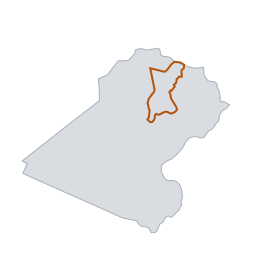 where Ash Shati' sits in Libya, rotated 114°
{"feature_id": "LBY-2967", "entity_name": "Ash Shati'", "entity_type": "Municipality", "adm_level": 1, "iso_a3": "LBY", "parent_name": "Libya", "parent_adm1": "", "projection": "mercator", "projection_center": [12.752, 27.893], "detail": "coarse", "context": "in_parent", "style": "outline", "palette": "amber", "viewbox_px": 256, "rotation_deg": 114, "n_neighbors": 0, "source": "natural_earth", "source_scale": "10m", "svg_char_len": 3568}
<svg xmlns="http://www.w3.org/2000/svg" viewBox="0 0 256 256"><g transform="rotate(114 128 128)"><path d="M44.1,82.4L45.4,81.7L47.2,81.0L48.2,80.4L48.6,79.9L50.0,78.0L50.7,76.9L51.7,75.4L52.1,74.4L52.1,73.4L52.0,72.2L51.2,69.5L50.6,66.7L51.1,65.7L51.5,65.2L52.3,63.9L52.7,63.7L54.5,63.3L55.2,62.4L55.8,61.4L56.0,60.8L56.8,60.2L57.7,59.6L58.3,58.9L60.3,57.7L62.0,56.6L64.1,55.5L65.7,54.6L66.0,53.8L66.0,53.1L65.1,51.6L65.1,49.8L65.2,48.3L65.3,47.4L65.7,45.0L65.7,44.6L67.4,45.4L69.1,45.8L74.1,48.8L75.7,49.2L79.3,49.6L83.5,48.3L85.1,48.1L87.8,49.3L89.0,49.6L91.1,49.7L94.5,50.7L95.4,51.1L97.5,52.8L98.4,53.3L105.7,54.9L106.6,55.9L107.6,57.8L107.7,60.3L108.2,62.0L109.1,64.3L110.2,65.9L111.4,67.2L112.8,68.1L116.0,69.3L119.5,69.8L123.1,69.9L129.3,71.6L134.5,73.6L135.8,74.5L138.4,75.5L143.7,80.0L146.6,81.6L148.6,81.9L150.4,81.7L153.7,80.1L155.0,79.1L158.3,75.2L159.3,73.1L159.8,71.7L159.7,70.2L159.3,68.8L158.4,67.4L157.7,65.6L157.3,62.2L157.8,59.9L158.5,58.5L159.5,57.1L162.2,54.3L164.9,52.4L169.7,49.9L172.5,49.9L173.6,49.6L175.9,47.8L176.9,47.7L178.2,48.2L181.9,48.0L183.6,48.5L185.6,49.7L188.1,50.3L189.9,51.0L191.8,51.9L192.2,54.1L192.0,54.8L191.9,55.6L193.9,57.1L199.5,57.9L200.6,58.3L202.1,59.4L203.1,59.8L206.9,59.9L209.1,59.7L211.2,60.1L212.0,60.5L212.8,61.4L213.8,63.6L214.2,64.3L213.8,64.7L213.2,65.4L212.8,66.1L211.8,67.2L210.9,68.4L211.0,70.1L211.2,71.9L211.8,73.6L212.3,75.5L212.1,76.7L211.7,78.2L211.2,79.5L209.6,82.1L209.3,82.8L209.4,83.6L210.4,86.7L210.5,87.7L211.1,90.7L211.6,93.1L212.2,95.0L212.3,95.5L212.3,98.3L212.3,101.1L212.3,103.9L212.3,106.7L212.3,109.4L212.3,112.2L212.3,115.0L212.3,117.7L212.3,120.5L212.3,123.2L212.3,125.9L212.3,128.7L212.3,131.4L212.3,134.1L212.3,136.8L212.3,139.6L212.3,142.3L212.3,145.0L212.3,147.7L212.3,150.4L212.3,153.0L212.3,155.7L212.3,158.4L212.3,161.1L212.3,163.7L212.3,166.4L212.3,169.1L212.3,171.7L212.3,174.4L212.3,177.0L212.3,179.7L212.3,182.3L212.3,188.1L212.3,193.9L212.3,199.7L212.3,205.5L212.2,205.6L209.5,205.6L206.8,205.6L204.1,205.6L201.4,205.6L201.4,207.0L201.4,208.5L201.4,209.9L201.4,211.4L196.2,208.6L191.0,205.9L185.8,203.2L180.6,200.4L175.4,197.7L170.2,194.9L165.0,192.2L159.7,189.4L154.5,186.6L149.3,183.9L144.1,181.1L138.9,178.3L133.7,175.5L128.5,172.7L123.3,169.9L118.0,167.1L114.4,165.2L110.6,167.1L107.5,168.6L103.5,170.5L98.9,173.0L95.4,175.0L95.2,175.0L95.0,174.9L91.4,171.6L88.5,169.1L87.2,168.3L81.8,167.0L76.4,165.7L70.7,164.3L69.7,162.2L68.6,159.9L67.0,156.9L66.0,155.1L65.7,154.9L61.4,153.4L56.8,152.0L54.1,152.9L53.6,152.8L52.9,152.3L52.1,151.5L51.7,150.5L50.6,149.2L49.6,146.0L49.5,143.5L49.3,142.7L46.9,139.1L44.8,135.9L43.3,133.8L43.0,132.8L43.2,131.6L43.8,130.5L45.9,129.3L47.8,127.9L48.1,126.9L48.2,124.3L47.6,123.5L47.1,121.9L46.6,119.7L46.6,118.4L47.4,115.7L48.4,112.8L47.8,109.6L47.3,103.2L47.6,98.2L47.4,96.4L47.2,95.6L46.6,93.2L45.8,90.7L45.4,89.8L44.4,87.8L42.7,85.4L41.8,83.8L43.0,83.0L44.1,82.4Z" fill="#d9dde1" stroke="#a8b0b8" stroke-width="1"/><path d="M48.6,112.4L46.9,106.9L47.4,102.5L50.8,101.3L53.4,102.6L54.1,102.4L59.2,99.7L60.4,102.2L63.7,103.4L65.6,102.7L68.1,102.6L68.8,103.3L70.0,103.6L70.9,102.2L76.4,103.4L76.5,104.4L78.6,104.8L79.7,103.2L83.1,101.0L84.2,99.7L89.1,92.5L90.9,91.0L91.9,90.7L94.8,92.0L97.4,94.5L97.4,99.3L98.6,101.3L103.3,105.1L103.9,108.4L106.4,108.4L107.9,107.6L110.1,107.5L112.4,108.2L113.3,109.2L113.5,110.2L112.4,113.6L109.9,113.3L102.9,115.4L102.1,116.8L98.6,119.0L97.4,120.3L92.7,120.9L84.0,118.9L82.1,119.4L64.3,132.0L62.0,118.4L61.4,117.1L59.0,115.9L52.3,114.3L48.6,112.4Z" fill="none" stroke="#b45309" stroke-width="2"/></g></svg>